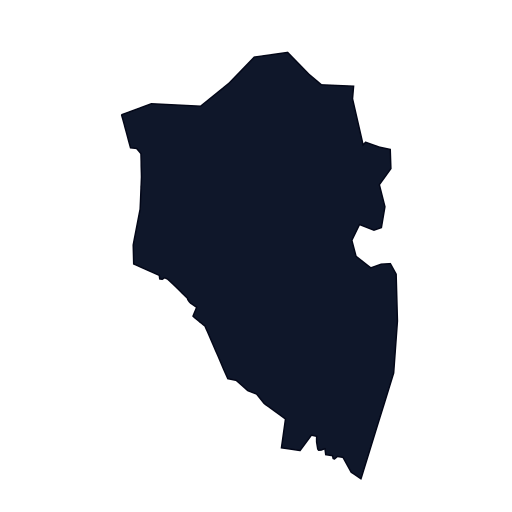 the district of Al Khiwai, North Kordufan, Sudan, rotated 188°
{"feature_id": "16777658B22793638103757", "entity_name": "Al Khiwai", "entity_type": "district", "adm_level": 2, "iso_a3": "SDN", "parent_name": "Sudan", "parent_adm1": "North Kordufan", "projection": "equal_earth", "projection_center": [29.102, 13.339], "detail": "fine", "context": "isolated", "style": "filled", "palette": "ink", "viewbox_px": 512, "rotation_deg": 188, "n_neighbors": 0, "source": "geoboundaries", "source_scale": "gbopen_adm2", "svg_char_len": 1902}
<svg xmlns="http://www.w3.org/2000/svg" viewBox="0 0 512 512"><g transform="rotate(188 256 256)"><path d="M408.3,377.4L408.6,377.0L408.6,376.7L406.7,372.4L404.4,367.1L404.2,366.5L401.0,359.1L398.2,352.4L395.3,345.7L395.2,345.7L389.2,345.9L387.2,344.1L384.2,341.4L384.0,340.4L382.8,333.2L382.2,329.1L381.0,322.0L380.4,318.2L379.6,310.4L379.5,308.6L379.3,307.2L378.0,294.2L377.2,285.8L377.2,285.7L377.3,285.5L377.4,283.6L378.6,260.3L378.8,256.7L379.1,250.1L379.1,249.7L376.0,231.1L359.6,226.4L349.1,223.4L348.1,219.9L345.6,219.9L343.4,221.8L340.2,220.8L340.1,220.7L335.1,217.2L332.0,215.0L325.5,210.2L324.4,209.3L318.9,205.3L317.9,204.5L317.5,203.4L315.8,201.5L314.2,200.2L311.5,198.9L311.3,198.8L309.4,197.8L307.6,197.1L308.4,193.8L309.1,191.2L310.0,187.7L308.5,186.6L308.2,186.4L304.8,184.4L303.2,183.4L302.1,182.6L300.6,181.9L299.0,180.8L297.4,179.9L296.8,179.6L295.2,176.9L293.7,174.6L292.1,172.0L288.1,165.4L285.4,161.0L282.4,156.0L281.8,155.1L279.5,151.4L272.2,139.2L266.8,130.6L266.6,130.6L258.3,130.1L255.5,128.3L245.5,121.6L244.0,121.2L236.2,119.4L227.5,111.2L225.5,110.0L224.9,109.7L224.2,109.4L204.1,98.7L204.1,89.4L204.1,81.0L204.1,70.8L204.1,70.2L204.1,69.6L196.8,69.6L185.3,69.5L180.9,77.6L176.2,86.3L170.8,85.9L170.6,83.8L170.1,80.3L168.0,73.5L167.0,72.4L166.9,72.4L164.4,72.9L161.0,74.8L160.9,74.8L159.3,69.0L159.1,69.0L152.4,68.9L151.4,66.2L150.1,65.9L147.5,68.8L145.5,68.8L141.8,68.7L131.6,55.1L129.8,54.3L127.9,53.4L123.7,51.3L121.1,50.0L120.9,50.9L112.6,102.6L108.4,128.2L103.4,159.3L106.9,211.3L114.7,257.5L121.9,267.1L130.9,265.3L140.7,260.2L156.9,269.6L163.3,284.9L157.9,301.6L142.8,298.0L135.8,301.6L135.2,322.7L143.8,343.8L134.6,361.3L137.9,380.2L149.2,381.0L163.3,383.9L165.4,380.9L182.3,425.1L183.0,437.7L215.0,434.6L228.9,443.3L253.0,462.0L285.4,452.7L306.7,423.4L331.7,396.6L380.8,392.2L408.1,377.5L408.3,377.4Z" fill="#0f172a" stroke="#020617" stroke-width="1.5"/></g></svg>